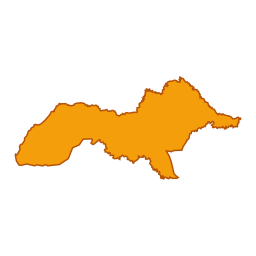 José Pedro Varela, Lavalleja, Uruguay
{"feature_id": "84410073B20043717754830", "entity_name": "José Pedro Varela", "entity_type": "district", "adm_level": 2, "iso_a3": "URY", "parent_name": "Uruguay", "parent_adm1": "Lavalleja", "projection": "natural_earth1", "projection_center": [-54.355, -33.484], "detail": "fine", "context": "isolated", "style": "filled", "palette": "amber", "viewbox_px": 256, "rotation_deg": 0, "n_neighbors": 0, "source": "geoboundaries", "source_scale": "gbopen_adm2", "svg_char_len": 5914}
<svg xmlns="http://www.w3.org/2000/svg" viewBox="0 0 256 256"><path d="M119.6,116.0L117.2,115.3L116.1,114.0L115.7,112.4L114.9,112.0L114.9,111.2L113.8,111.0L113.0,110.4L111.8,110.5L111.0,111.1L109.4,111.0L108.5,111.4L107.3,110.6L106.9,109.5L103.9,110.5L103.2,110.3L101.0,110.8L100.4,110.6L99.9,110.1L100.1,109.0L98.2,107.7L98.4,107.0L98.1,106.5L97.3,106.3L97.1,105.7L95.8,105.2L94.0,105.7L91.8,105.0L90.1,106.4L88.7,105.7L87.9,106.5L87.4,106.1L87.4,105.4L87.0,104.9L85.5,105.3L84.8,103.8L84.2,103.5L81.2,102.8L76.1,103.3L74.1,104.3L74.0,105.2L70.5,105.8L69.8,105.7L68.8,104.9L67.5,105.3L66.7,104.1L64.9,103.7L61.3,103.8L60.4,104.3L60.0,103.5L59.1,103.7L57.7,105.8L56.5,106.0L55.4,108.7L53.9,110.4L54.2,111.5L51.4,111.6L49.7,114.8L45.4,119.9L41.3,123.7L38.7,124.9L36.4,124.8L35.3,124.4L34.1,124.9L33.7,126.7L31.3,128.0L30.3,130.2L28.6,130.9L26.7,135.9L24.6,138.0L24.5,140.6L22.1,144.2L20.6,144.5L19.5,146.5L20.0,149.4L18.0,153.2L17.2,154.5L16.7,154.8L15.6,154.2L15.4,155.4L16.4,160.8L19.0,165.0L21.3,165.3L26.6,164.0L34.9,165.8L36.4,164.8L42.8,165.9L44.4,165.0L45.7,164.9L46.8,165.1L47.6,165.8L59.4,164.5L68.3,158.6L72.6,147.8L79.3,144.8L83.1,139.2L91.2,138.9L92.2,139.5L92.4,140.4L91.0,143.0L92.6,144.4L93.5,144.4L99.1,139.9L100.1,139.8L100.1,141.6L100.9,142.4L101.9,142.5L103.1,142.2L104.0,144.0L105.0,143.7L105.6,144.8L105.7,146.8L106.9,148.1L106.9,148.7L104.7,149.4L104.5,150.0L105.0,150.6L105.2,151.9L106.5,151.9L108.4,153.5L109.5,152.5L110.2,153.2L110.3,153.9L110.0,154.6L110.2,155.5L112.3,155.3L113.3,155.4L113.8,156.0L113.0,157.4L113.0,158.0L114.1,158.6L116.2,158.6L117.5,157.9L119.8,159.4L119.9,158.1L119.5,156.9L121.2,156.6L122.1,155.3L122.7,155.2L124.1,156.8L126.0,156.2L126.6,156.3L127.8,157.9L127.3,158.9L127.4,159.4L128.4,159.3L130.4,161.0L132.1,160.6L133.0,162.9L133.6,163.1L133.9,162.9L134.1,161.7L137.3,159.8L138.8,158.1L139.0,157.6L138.4,156.7L138.2,156.2L138.4,156.0L140.0,157.1L143.2,157.1L143.1,155.7L143.7,155.6L145.7,157.5L145.4,158.2L145.7,159.2L148.1,159.0L148.6,158.1L149.7,158.4L150.0,159.9L150.8,161.2L149.8,163.3L150.2,164.3L151.8,165.8L151.9,167.3L152.9,167.7L153.0,169.4L153.3,169.9L153.7,169.8L154.4,169.1L155.2,170.6L155.6,170.5L156.1,169.3L156.9,169.3L157.4,170.4L156.9,171.2L156.9,171.8L159.3,171.7L159.8,172.7L158.7,173.6L158.7,174.1L160.1,174.7L160.7,176.5L160.8,178.0L161.2,178.3L161.9,178.3L162.2,177.3L162.1,176.0L162.5,175.8L163.1,176.2L163.3,176.9L163.2,178.7L163.6,178.9L164.8,177.3L165.6,177.2L166.6,177.9L167.2,177.8L167.6,178.4L169.1,178.6L169.7,178.3L169.7,177.4L170.1,177.0L172.3,178.4L174.2,178.2L176.3,178.4L178.2,177.5L175.7,175.6L174.0,173.6L171.3,162.1L169.3,156.3L166.4,151.0L169.9,151.3L171.1,151.8L173.9,150.5L181.8,150.2L183.1,146.6L186.0,142.3L186.3,141.4L186.8,141.1L187.0,139.8L187.7,139.7L189.0,138.2L189.7,134.0L191.2,133.4L191.5,131.4L193.0,130.9L194.5,131.5L194.9,131.1L195.0,130.4L195.8,130.3L196.8,131.3L197.3,130.9L197.5,129.4L197.9,128.7L199.7,127.7L200.9,128.7L202.0,127.2L203.0,127.3L204.0,126.4L205.1,126.6L205.5,126.2L205.8,124.4L206.7,124.2L207.1,123.5L207.9,123.3L207.9,121.9L209.5,121.9L210.0,123.3L211.5,122.6L211.7,121.8L212.6,121.4L213.4,121.9L213.9,122.7L213.6,123.6L211.6,125.1L213.1,126.3L212.6,127.3L213.2,127.7L215.3,126.9L216.5,127.2L216.9,128.1L217.3,128.3L218.9,127.3L220.3,127.8L221.2,127.4L222.4,127.6L222.7,126.7L223.8,127.7L224.5,127.9L224.5,128.8L225.3,129.0L225.8,128.7L225.8,127.1L226.1,126.5L227.1,127.8L228.3,127.3L228.9,126.2L230.5,126.6L231.4,126.4L230.9,125.4L231.6,125.0L232.3,125.4L232.0,126.4L233.0,126.6L233.2,127.5L234.1,126.7L235.1,126.8L236.3,126.3L237.0,126.9L237.3,126.8L237.5,126.4L237.3,126.1L237.6,124.4L237.9,124.1L237.6,123.3L238.8,122.7L238.9,121.7L238.5,121.3L238.9,119.9L240.4,119.4L240.6,118.6L240.6,118.3L240.0,118.1L238.8,118.5L238.6,117.6L238.1,117.2L236.6,117.9L236.3,118.4L233.1,118.9L232.7,118.8L231.6,117.3L229.2,116.1L224.5,115.0L223.4,114.1L222.6,114.0L222.8,114.4L222.5,114.7L222.2,114.4L221.1,114.7L219.5,113.5L218.2,114.5L218.2,113.9L216.8,113.5L215.6,111.9L214.4,109.4L213.8,109.1L212.4,109.0L212.0,108.5L212.0,107.5L210.1,107.5L209.9,107.1L210.1,106.6L209.3,106.0L209.3,105.7L208.6,105.8L208.0,103.2L207.6,102.7L205.5,101.8L204.7,101.9L204.8,100.8L204.4,100.5L204.1,99.1L202.5,98.3L201.5,98.7L201.1,97.1L200.2,97.5L200.5,96.7L200.0,96.7L199.8,96.1L200.2,94.7L199.5,94.3L199.5,93.5L198.7,92.7L198.8,91.9L198.1,91.1L197.3,90.9L197.2,90.0L195.4,89.4L194.8,89.6L194.3,89.2L193.6,89.9L192.9,89.6L192.4,89.1L192.5,88.6L193.6,88.2L193.8,87.3L192.9,86.9L192.4,86.2L191.7,86.0L191.6,86.4L190.2,86.0L189.7,85.4L190.2,84.7L189.3,84.3L189.1,83.3L187.9,82.9L187.4,82.0L186.6,82.2L185.5,81.7L184.3,80.5L183.4,78.8L181.7,78.2L180.0,77.1L179.9,77.6L180.7,79.2L180.0,79.4L179.4,79.1L179.2,79.4L179.4,80.0L180.1,80.3L179.9,82.1L179.0,81.7L177.7,82.1L176.6,80.7L174.3,80.2L171.8,81.3L170.2,81.1L167.8,82.0L167.4,82.8L165.6,83.7L165.5,84.4L167.4,84.7L168.0,85.6L167.1,86.4L164.7,85.8L164.2,86.1L163.7,87.7L164.2,89.4L162.6,89.9L162.6,91.7L162.1,92.7L162.5,93.3L162.0,93.4L161.3,94.5L160.7,94.4L160.4,93.6L159.1,92.9L158.1,93.4L157.7,92.8L156.1,93.1L155.7,92.0L155.4,92.1L155.4,92.7L155.0,92.8L154.3,92.1L152.3,92.0L151.8,91.6L152.4,91.1L152.4,90.7L150.9,91.3L150.7,90.7L150.1,90.8L149.8,89.9L149.4,90.6L149.0,90.7L149.1,89.3L147.9,89.9L147.1,89.1L146.3,89.0L146.2,89.2L146.8,89.5L146.2,90.3L146.9,91.0L145.4,90.7L145.7,91.3L145.3,91.7L145.3,92.8L145.7,93.2L145.2,93.7L145.2,94.5L144.6,95.2L145.2,95.5L145.1,95.9L143.7,96.7L144.2,97.0L144.1,97.5L143.6,97.4L143.3,97.9L143.6,98.3L143.1,98.3L144.1,99.2L143.7,99.7L142.8,99.6L142.8,100.2L143.4,100.6L143.1,101.2L142.5,101.3L142.2,100.8L141.8,100.9L141.6,102.3L140.0,103.0L139.7,103.2L139.7,104.0L139.1,104.1L139.6,107.2L137.1,107.9L137.4,108.3L136.8,109.8L137.2,111.2L136.9,112.3L133.8,112.3L129.0,113.2L126.5,112.6L125.1,113.3L124.8,114.5L124.3,114.5L122.6,113.5L122.3,114.2L120.8,114.7L119.6,116.0Z" fill="#f59e0b" stroke="#b45309" stroke-width="1.5"/></svg>